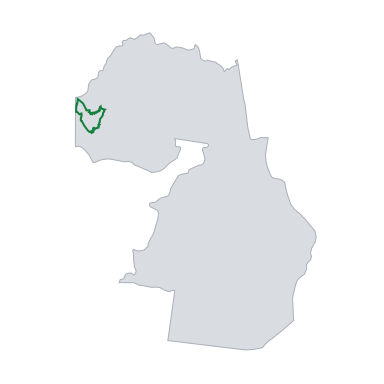 location of Nsama, Northern, Zambia, rotated 279°
{"feature_id": "96606910B46360514720663", "entity_name": "Nsama", "entity_type": "district", "adm_level": 2, "iso_a3": "ZMB", "parent_name": "Zambia", "parent_adm1": "Northern", "projection": "orthographic", "projection_center": [30.06, -8.814], "detail": "fine", "context": "in_parent", "style": "outline", "palette": "green", "viewbox_px": 384, "rotation_deg": 279, "n_neighbors": 0, "source": "geoboundaries", "source_scale": "gbopen_adm2", "svg_char_len": 7412}
<svg xmlns="http://www.w3.org/2000/svg" viewBox="0 0 384 384"><g transform="rotate(279 192 192)"><path d="M257.5,258.7L240.6,258.7L234.4,260.1L229.3,262.2L223.3,265.5L219.8,267.8L218.9,269.0L218.4,271.8L218.4,276.1L217.8,279.2L216.0,282.0L206.9,285.5L201.0,288.3L195.2,291.7L190.8,296.0L187.8,301.3L182.9,307.9L172.6,319.6L166.6,321.8L161.5,321.4L155.3,319.0L150.4,318.6L146.9,320.1L143.5,319.7L140.4,317.3L137.8,316.4L135.8,317.1L133.1,317.0L128.3,315.8L124.0,311.7L121.6,310.0L119.9,309.3L114.9,308.7L103.3,307.9L91.5,310.2L81.1,312.5L70.1,303.4L59.5,293.8L57.2,291.4L53.2,288.1L50.3,286.6L49.2,285.8L46.1,277.1L44.3,269.1L41.5,191.4L89.1,190.5L92.2,190.1L92.3,189.3L90.0,185.1L90.1,183.7L90.6,180.8L92.6,175.2L92.7,173.3L91.6,167.1L91.6,163.7L92.0,156.8L91.6,154.4L92.7,151.3L93.0,149.2L93.4,148.3L92.8,145.9L91.7,137.7L91.1,134.2L94.0,134.7L94.9,136.4L95.5,138.2L96.8,138.3L100.3,139.4L101.5,140.9L102.4,144.2L101.9,145.9L100.8,147.3L102.0,148.5L104.3,149.2L105.6,149.0L109.4,146.7L113.0,145.8L114.8,145.2L122.7,143.6L124.3,142.8L125.4,142.7L126.2,143.4L125.5,145.7L125.3,147.8L126.4,151.7L127.1,153.6L128.8,154.9L130.0,155.6L131.4,157.0L134.1,156.7L140.3,158.6L142.1,159.5L144.7,160.4L146.5,160.7L152.8,161.4L159.4,162.4L162.9,162.5L165.3,162.2L167.0,161.6L168.1,161.0L168.5,160.4L171.0,152.9L172.2,152.3L173.9,151.9L174.8,152.6L176.0,157.3L180.8,161.5L182.5,165.1L183.7,168.1L184.8,169.0L186.6,170.0L189.5,170.3L192.1,170.4L205.0,175.6L206.5,176.5L208.1,179.3L209.0,182.4L210.1,184.9L211.7,185.4L213.2,185.5L214.7,187.2L215.8,188.7L219.7,194.8L220.2,197.3L222.1,198.9L224.6,199.6L226.9,199.7L228.2,198.9L231.5,197.7L234.1,196.2L235.9,195.7L237.1,196.0L237.9,197.0L238.5,200.1L240.3,201.1L241.6,200.7L242.2,199.5L242.2,198.9L242.1,166.9L240.9,167.1L239.5,168.0L236.0,168.1L234.7,168.8L234.3,169.8L234.6,171.1L234.6,172.9L234.1,173.8L232.6,174.1L230.5,173.4L226.5,172.5L223.3,172.0L220.9,169.6L217.7,166.0L215.6,164.2L210.5,160.4L209.7,159.6L208.2,157.9L206.8,154.9L205.5,151.4L204.9,149.2L206.1,145.8L208.9,134.7L209.6,131.2L212.0,127.7L212.2,124.5L211.2,120.5L211.4,118.3L211.7,105.5L211.0,101.5L209.4,97.0L205.7,90.8L205.7,89.5L211.3,85.5L213.0,83.9L215.9,80.7L217.9,77.9L219.1,75.6L219.5,72.7L218.6,69.9L220.5,69.4L267.1,62.2L267.7,64.1L269.1,67.3L270.7,69.6L272.7,71.6L274.4,72.9L275.5,73.3L282.7,73.2L285.3,74.4L287.5,76.0L288.1,78.4L289.5,80.0L291.1,81.2L291.8,81.3L293.0,81.0L294.9,81.0L296.6,81.5L297.5,82.1L297.6,84.1L298.1,85.0L300.5,85.4L303.0,85.6L305.4,87.0L307.9,87.2L310.9,87.8L312.3,89.3L315.4,90.9L319.3,92.3L323.5,94.5L323.6,95.2L324.3,96.6L325.1,97.5L325.1,98.9L325.5,100.2L326.5,100.6L327.4,100.7L328.3,99.7L329.4,99.8L330.7,100.4L331.1,101.9L332.0,103.9L333.6,105.3L334.6,106.7L334.3,109.1L333.6,111.3L335.7,113.5L338.4,115.6L339.2,116.5L339.3,119.6L339.8,120.7L341.6,123.3L342.5,125.0L342.4,126.0L337.3,131.0L334.2,131.8L332.9,132.8L332.0,133.9L334.0,139.0L335.0,140.9L334.1,143.3L332.1,147.4L331.1,147.7L330.9,150.8L331.5,152.0L332.5,152.8L332.9,155.0L332.8,160.2L331.4,166.1L333.6,171.3L334.4,171.8L337.5,171.9L338.1,172.3L337.3,173.8L335.1,176.1L331.1,177.8L325.3,179.7L324.1,181.5L323.3,184.3L323.9,185.9L324.7,186.8L324.4,189.1L323.9,191.6L324.0,193.6L323.8,195.4L323.0,196.2L322.0,198.8L320.7,201.4L319.7,202.6L318.3,203.9L316.0,204.9L316.1,205.5L318.6,206.7L319.3,207.5L319.5,208.1L318.4,209.4L319.6,210.3L321.0,210.9L322.3,212.7L323.9,216.0L324.1,216.4L324.6,216.4L325.4,216.0L327.0,214.7L328.2,214.2L329.5,216.2L305.6,224.1L300.0,225.8L291.7,228.6L289.0,229.7L286.8,230.7L264.6,237.0L261.2,238.3L253.4,241.5L253.1,242.1L253.2,243.5L253.9,246.6L255.2,249.4L256.4,251.0L257.1,255.1L257.5,258.7Z" fill="#d9dde1" stroke="#a8b0b8" stroke-width="1"/><path d="M241.0,89.7L242.0,89.7L242.3,89.3L242.8,89.3L243.0,89.5L243.2,89.4L243.2,89.5L243.5,89.7L243.8,89.9L243.8,89.6L244.0,89.5L244.0,89.3L244.3,89.3L244.5,89.3L244.8,89.4L245.0,89.5L245.4,89.6L245.5,89.6L246.0,89.8L246.4,89.8L246.5,89.9L247.1,90.0L247.2,89.9L247.3,89.8L247.4,89.7L248.3,89.8L248.5,89.8L249.5,89.8L250.0,90.0L250.5,90.3L251.4,90.8L253.6,91.8L253.9,91.8L254.1,91.8L254.3,91.9L254.6,91.8L255.2,91.9L255.6,91.8L256.2,91.8L256.3,91.9L256.7,92.0L256.9,92.2L257.5,92.6L258.0,92.6L258.3,92.7L258.5,92.6L258.7,92.4L258.9,92.3L259.0,92.3L259.1,92.2L259.4,92.4L259.5,92.6L259.8,92.9L259.9,92.1L259.9,91.9L259.9,91.5L260.0,90.9L260.0,90.7L260.2,90.1L260.3,90.1L260.4,89.7L260.5,89.5L260.6,89.4L260.7,89.2L260.8,89.0L260.9,88.9L261.0,88.9L261.4,88.6L261.5,88.6L261.7,88.4L261.9,88.4L262.0,88.3L261.9,88.2L262.0,88.2L261.8,88.0L261.7,88.1L261.6,87.9L261.4,87.9L261.2,87.8L260.9,87.8L260.7,87.8L260.4,87.9L260.2,88.0L260.2,87.9L259.8,87.8L259.6,87.7L259.3,87.7L259.2,87.6L258.7,87.7L258.6,87.8L258.4,87.6L258.1,87.6L258.2,87.4L258.4,87.2L258.0,87.1L257.9,87.2L257.9,87.3L257.7,87.4L257.7,87.5L257.6,87.8L257.4,87.6L257.2,87.4L257.1,87.2L257.2,86.9L257.0,86.7L257.0,86.3L256.9,86.3L256.8,86.2L256.6,86.2L256.5,86.3L256.4,86.3L256.1,86.0L256.0,85.9L256.0,85.7L255.9,85.6L256.0,85.5L256.0,85.3L255.9,85.2L255.7,85.2L255.6,84.9L255.8,84.9L255.9,85.0L255.9,84.9L255.9,84.6L255.7,84.2L255.2,84.3L255.2,84.2L255.1,83.9L255.3,83.9L255.0,83.6L255.0,83.4L254.7,83.6L254.4,83.6L254.2,83.5L254.4,83.3L254.6,83.3L254.7,83.2L254.8,83.2L254.9,82.9L254.7,82.7L254.3,82.5L254.3,82.4L254.6,82.3L254.8,82.5L254.9,82.3L254.7,82.1L254.4,82.0L254.2,81.8L254.1,81.7L253.9,81.6L254.1,81.5L254.3,81.6L254.7,81.2L254.4,80.7L254.2,80.7L254.0,80.8L253.9,80.8L253.7,80.9L253.5,80.7L253.3,80.7L253.1,80.4L253.2,80.2L253.3,80.1L253.3,79.9L253.2,79.9L253.1,79.5L253.3,79.4L253.6,79.2L253.9,79.0L254.1,78.8L254.3,78.6L254.7,78.6L254.8,78.6L254.8,78.4L254.9,78.5L255.0,78.4L255.1,78.2L255.2,78.3L255.3,78.4L255.6,78.1L255.9,78.1L256.0,78.1L256.1,77.9L256.5,77.9L256.6,78.0L256.8,78.0L256.8,77.9L256.6,77.7L256.6,77.4L256.5,76.7L256.0,75.2L256.1,74.9L256.4,74.7L257.1,74.6L257.3,74.5L257.4,74.2L262.4,70.6L264.4,67.4L265.9,64.6L262.2,64.9L261.8,64.8L261.6,64.5L261.4,64.4L261.3,64.5L261.2,64.7L260.9,64.6L260.6,64.8L260.4,64.8L259.8,64.3L259.5,64.2L259.3,64.3L258.9,64.5L258.6,64.3L253.0,65.0L253.0,65.3L253.0,65.8L253.2,66.0L253.0,66.3L252.9,66.4L252.8,66.5L252.7,66.6L252.7,66.8L252.6,67.0L252.4,67.1L252.2,67.3L251.8,67.5L251.6,68.2L251.2,68.5L251.0,69.0L251.2,69.4L252.0,70.0L252.3,70.5L251.9,70.7L251.1,70.9L250.5,70.9L250.3,71.0L249.6,70.8L249.3,70.8L248.7,71.0L248.3,70.9L248.0,70.6L247.5,70.7L247.4,70.8L246.0,70.8L245.5,71.3L245.4,71.4L245.2,71.3L245.1,71.5L244.7,71.7L244.6,71.8L244.5,72.1L244.6,72.3L244.4,72.4L244.4,72.5L244.4,72.4L241.2,74.8L238.8,77.0L236.0,80.1L235.3,81.2L235.6,81.7L235.7,81.8L235.8,81.9L235.9,82.0L235.8,82.4L235.7,82.4L235.5,82.5L235.5,82.8L235.5,83.0L235.4,83.1L235.5,83.1L235.5,83.3L235.4,83.3L235.5,83.5L235.4,83.6L235.2,83.6L235.0,83.9L235.0,84.0L235.5,84.2L235.4,84.3L235.5,84.6L235.6,85.0L235.8,85.0L235.9,84.9L236.0,85.0L236.1,84.9L236.1,85.0L236.3,85.0L236.8,85.2L237.0,85.2L237.4,85.0L237.5,84.9L237.6,85.0L237.6,84.9L237.8,84.9L237.8,84.7L237.9,84.8L238.0,84.8L238.2,84.6L238.4,84.6L238.5,84.6L238.8,84.6L239.1,84.5L239.3,84.4L239.7,84.5L239.8,84.6L240.0,84.7L240.0,84.8L240.1,85.0L240.0,85.3L239.9,85.4L239.9,85.6L239.8,86.0L239.8,86.3L239.8,86.5L239.7,86.5L239.8,86.8L239.7,86.8L239.8,87.2L239.9,87.3L240.0,87.6L240.1,87.8L240.1,88.0L240.4,88.4L240.5,88.4L240.7,88.5L240.7,88.4L240.9,88.5L240.9,88.8L241.0,88.8L241.1,89.0L240.9,89.1L240.9,89.6L241.0,89.7Z" fill="none" stroke="#15803d" stroke-width="2"/></g></svg>